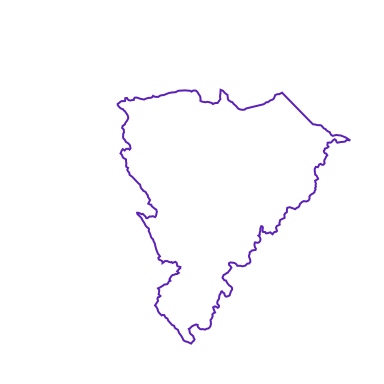 outline of Guaratinga, Bahia, Brazil, rotated 301°
{"feature_id": "56859067B89183133429450", "entity_name": "Guaratinga", "entity_type": "district", "adm_level": 2, "iso_a3": "BRA", "parent_name": "Brazil", "parent_adm1": "Bahia", "projection": "albers", "projection_center": [-39.976, -16.509], "detail": "fine", "context": "isolated", "style": "outline", "palette": "violet", "viewbox_px": 384, "rotation_deg": 301, "n_neighbors": 0, "source": "geoboundaries", "source_scale": "gbopen_adm2", "svg_char_len": 6060}
<svg xmlns="http://www.w3.org/2000/svg" viewBox="0 0 384 384"><g transform="rotate(301 192 192)"><path d="M238.1,86.5L235.5,87.7L234.5,86.4L233.8,85.0L232.6,84.2L230.9,83.7L229.3,82.9L228.2,83.6L227.6,85.3L227.0,87.4L227.1,89.0L227.4,90.2L226.8,91.4L226.7,93.0L226.0,94.3L225.3,96.0L224.3,97.7L223.3,98.7L222.2,99.4L219.3,99.6L217.6,99.3L215.2,99.6L212.9,98.5L210.9,99.2L210.4,101.3L208.1,103.0L206.7,103.0L203.6,104.6L202.6,105.6L202.1,107.6L200.9,109.5L200.9,112.3L200.1,114.7L197.8,116.8L196.2,116.7L196.3,115.3L195.1,113.4L192.9,112.9L193.1,110.6L191.7,110.4L188.2,110.9L187.7,113.0L186.8,113.9L185.9,115.3L185.9,117.0L186.0,118.6L183.7,120.1L182.8,121.0L181.1,121.7L179.8,122.6L179.7,124.8L177.7,125.1L176.8,126.4L176.2,128.3L174.6,129.6L174.2,133.1L171.8,141.8L171.6,143.6L170.7,144.6L169.8,145.4L168.9,146.8L168.5,148.5L167.9,149.7L168.2,151.8L167.6,153.3L166.8,154.4L166.5,155.7L165.1,156.8L163.5,160.2L159.5,160.5L159.6,162.4L160.1,163.7L159.1,164.7L158.5,168.6L158.5,170.4L157.1,172.0L153.0,173.4L151.5,173.3L151.1,170.9L150.0,169.7L149.1,168.2L146.6,167.3L146.1,166.2L146.9,165.0L147.9,161.0L147.0,160.2L146.7,157.0L145.9,155.7L144.9,156.7L144.3,159.7L143.6,162.2L142.6,163.6L140.7,167.5L139.9,168.5L139.1,170.1L138.6,171.9L138.6,173.3L138.0,174.3L136.3,174.9L134.7,177.4L132.2,180.3L131.6,181.6L131.4,183.0L130.2,184.2L128.8,186.5L125.9,189.3L124.4,190.9L121.6,194.5L121.1,196.0L120.3,197.7L118.4,197.0L117.1,198.2L117.4,201.4L117.2,202.6L115.9,203.3L117.6,204.1L118.9,204.4L120.1,206.4L120.2,208.3L120.6,209.7L121.5,210.6L121.1,211.8L123.6,213.7L123.3,215.4L121.9,216.6L121.0,217.6L121.2,219.1L121.8,220.6L120.6,221.2L119.1,220.5L117.9,220.4L116.3,220.1L115.9,222.3L114.1,221.5L113.4,220.4L111.9,219.3L110.9,218.2L109.2,217.6L105.7,217.6L104.8,219.2L103.5,218.2L102.1,218.4L100.4,218.3L98.2,215.8L96.9,215.4L93.5,213.6L91.9,212.5L91.1,214.4L89.3,215.3L87.1,216.1L86.6,218.5L85.3,218.1L84.1,217.0L82.6,217.4L81.2,219.0L75.7,218.7L75.3,220.3L73.8,222.9L72.3,224.4L71.5,226.1L70.9,228.2L70.6,229.6L71.7,230.4L72.2,231.6L70.7,234.0L70.9,236.0L69.5,237.9L67.8,243.3L68.1,245.7L67.2,246.6L66.6,247.8L66.6,250.9L64.6,253.4L63.0,257.2L61.5,259.8L60.7,260.7L60.5,262.0L60.6,263.6L61.2,265.3L61.6,269.3L64.4,269.7L65.6,270.2L67.0,270.1L67.7,268.7L69.0,267.4L69.4,265.9L69.5,264.3L70.2,262.6L72.3,261.0L72.9,259.8L74.5,260.6L76.4,261.0L77.8,261.7L80.5,263.7L81.0,265.3L79.9,265.9L79.2,267.0L78.7,269.6L79.1,270.8L80.0,271.7L80.8,274.1L82.1,274.8L83.3,276.2L84.7,276.8L86.3,276.9L88.5,276.3L90.4,275.0L91.7,273.8L93.1,274.0L94.5,274.0L96.1,273.7L97.6,272.5L99.1,272.8L100.6,273.8L101.8,272.1L104.0,269.5L105.8,270.5L106.0,272.0L106.0,273.7L107.3,274.2L108.4,273.7L108.9,272.5L109.2,271.3L110.5,270.4L112.4,270.0L114.2,270.2L116.9,269.0L118.4,268.6L119.7,268.8L121.2,268.3L122.3,268.8L121.8,270.3L121.8,271.8L120.6,272.9L119.8,274.4L120.2,275.7L122.7,277.5L126.9,276.5L129.1,276.6L130.3,275.8L131.0,274.4L131.1,271.8L132.3,268.8L133.6,266.8L133.0,265.2L134.2,262.3L137.1,261.8L138.2,262.6L140.2,263.4L141.4,264.3L142.8,264.3L144.1,264.6L145.4,264.6L147.4,264.8L148.2,263.2L148.6,261.3L149.9,260.4L151.4,261.2L152.9,264.5L153.1,266.3L152.7,267.7L152.1,268.9L153.8,271.7L154.2,273.4L156.3,275.6L159.1,276.3L160.2,277.8L162.2,278.0L164.1,276.6L165.3,274.9L166.5,273.7L168.6,273.3L170.1,272.5L171.8,273.3L172.9,273.6L175.0,276.3L176.3,276.0L177.2,274.2L178.7,272.9L180.2,272.1L181.4,272.0L182.2,274.4L183.5,275.4L184.9,275.6L186.5,275.2L187.7,274.1L188.6,272.7L188.8,271.4L190.4,272.1L191.5,271.2L194.3,270.4L195.2,269.7L196.6,269.2L198.4,269.0L198.7,270.2L197.8,271.2L196.0,271.9L194.3,273.1L195.4,275.6L194.7,276.5L195.2,277.6L196.6,278.8L197.8,280.0L197.4,281.4L197.3,282.8L199.1,282.9L200.4,283.4L201.2,284.6L202.4,284.9L204.6,282.4L206.4,282.2L209.2,284.0L210.4,282.9L213.4,282.0L215.2,283.1L217.4,284.7L218.9,283.8L220.1,282.8L221.9,282.9L223.5,283.7L226.1,282.3L227.5,281.8L229.3,283.6L230.5,289.4L232.4,289.9L233.6,291.0L235.5,291.2L237.2,290.7L239.7,291.3L241.6,292.3L242.9,295.1L244.4,296.1L245.9,296.4L247.5,295.8L248.5,295.0L249.9,295.0L251.6,295.6L253.1,296.5L254.8,297.1L256.2,296.6L257.8,296.6L259.0,295.4L260.3,295.5L261.5,294.4L263.0,293.9L264.0,292.7L265.1,291.7L266.8,292.7L268.3,293.3L270.3,290.1L270.3,288.7L271.6,287.8L272.5,286.9L274.9,285.3L277.3,285.2L278.1,287.1L279.4,287.1L281.0,286.8L282.4,287.8L282.2,289.0L283.0,290.6L284.9,290.9L286.2,289.6L287.9,289.0L289.0,289.1L291.6,288.7L293.1,289.1L294.0,287.4L293.7,285.8L294.2,284.8L295.2,283.8L296.5,284.0L297.6,283.5L298.9,284.7L300.0,285.4L301.1,285.7L301.7,284.0L304.1,282.9L305.0,284.0L305.6,285.3L306.7,285.9L309.0,286.3L310.7,287.1L310.5,288.8L309.4,290.0L309.1,291.2L311.4,293.7L313.5,296.6L314.4,297.4L315.8,297.6L316.6,298.4L317.7,301.1L317.9,295.6L317.1,290.5L316.3,288.9L315.2,286.3L312.6,283.7L312.6,282.0L313.2,280.7L314.2,279.3L314.0,277.5L314.1,275.6L314.7,274.1L314.4,272.3L315.6,268.7L315.2,267.2L314.3,265.9L313.1,262.4L312.4,261.0L312.6,259.6L323.5,218.0L320.9,216.5L320.1,215.2L319.1,214.2L317.8,213.4L316.1,213.8L314.0,214.0L312.5,213.4L311.6,212.5L310.4,211.7L308.9,211.2L307.9,210.6L307.1,209.4L305.3,208.8L304.0,208.1L291.5,195.4L289.7,194.7L288.5,193.0L287.9,191.7L287.5,190.4L287.3,189.0L287.7,187.3L288.3,185.9L289.0,182.1L289.8,180.3L289.4,179.0L289.5,176.0L290.2,174.9L293.5,172.4L293.6,170.6L294.0,168.5L294.7,166.6L294.3,163.9L292.5,164.9L288.4,166.8L287.2,167.6L286.3,168.5L281.5,168.1L280.2,166.1L279.3,165.3L278.2,164.7L278.5,163.2L277.8,160.4L277.2,158.7L276.0,157.5L275.4,156.2L274.5,153.5L274.5,152.2L276.0,151.5L277.2,150.6L278.1,149.8L278.7,148.7L279.8,146.4L280.5,145.2L280.9,143.3L280.3,141.8L279.2,140.5L277.8,139.9L277.9,138.5L275.4,133.5L271.7,128.1L269.4,126.7L268.3,125.5L267.4,124.1L265.1,121.3L260.6,117.9L259.0,115.8L257.8,114.8L256.4,114.3L255.4,112.9L254.4,110.8L254.4,109.1L252.6,109.0L251.2,107.8L250.3,106.3L248.5,104.6L246.7,103.4L246.1,102.1L245.1,99.0L244.8,96.9L244.1,95.3L243.3,94.3L242.0,94.2L240.9,94.7L240.0,93.4L238.7,92.1L238.1,90.4L238.3,89.2L239.1,87.8L238.1,86.5Z" fill="none" stroke="#5b21b6" stroke-width="2"/></g></svg>